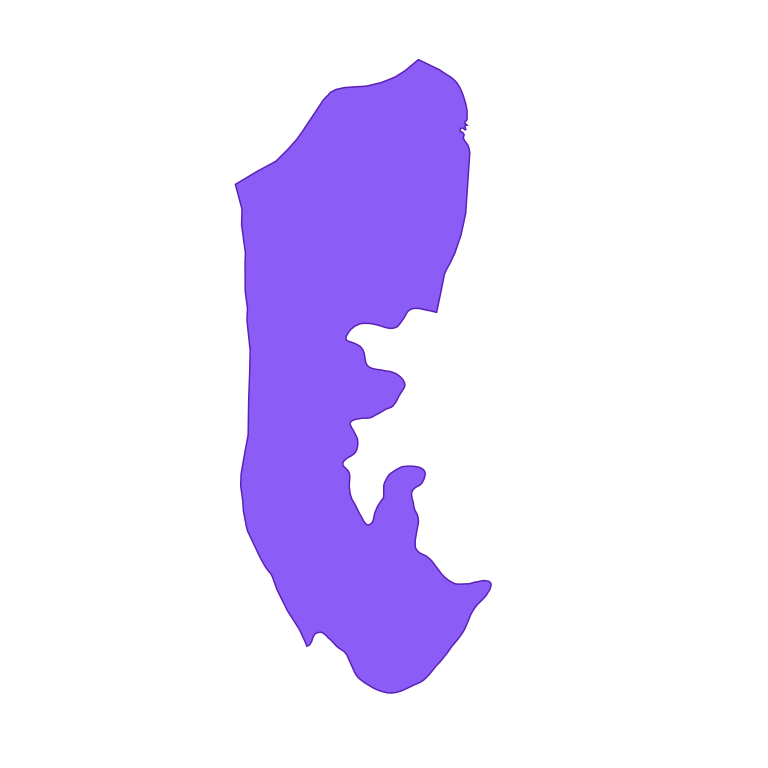 Nongbok, Khammouan, Laos, rotated 338°
{"feature_id": "54806243B28884115571756", "entity_name": "Nongbok", "entity_type": "district", "adm_level": 2, "iso_a3": "LAO", "parent_name": "Laos", "parent_adm1": "Khammouan", "projection": "natural_earth1", "projection_center": [104.827, 17.05], "detail": "fine", "context": "isolated", "style": "filled", "palette": "violet", "viewbox_px": 768, "rotation_deg": 338, "n_neighbors": 0, "source": "geoboundaries", "source_scale": "gbopen_adm2", "svg_char_len": 4745}
<svg xmlns="http://www.w3.org/2000/svg" viewBox="0 0 768 768"><g transform="rotate(338 384 384)"><path d="M537.4,96.1L527.5,99.3L520.9,101.4L516.0,102.3L510.1,103.4L502.8,103.6L493.7,103.4L479.1,101.2L466.0,96.8L458.5,94.4L449.6,92.9L443.2,93.6L440.3,95.3L438.0,96.1L433.9,98.1L403.2,119.1L395.3,124.2L384.1,129.8L375.8,133.4L367.3,136.9L362.4,137.5L346.3,139.3L321.0,143.2L317.8,168.8L311.6,183.0L304.6,210.6L300.5,219.7L290.1,245.9L290.1,246.0L285.8,262.6L280.8,273.6L272.5,302.7L263.9,322.7L252.4,348.4L239.0,380.2L225.6,401.3L217.7,414.1L213.0,424.7L210.8,433.3L209.2,439.6L206.2,448.6L203.1,464.0L202.4,469.1L203.2,482.3L203.2,482.6L203.6,488.6L203.8,493.9L204.5,501.7L205.6,509.5L206.9,514.7L207.9,517.0L208.3,521.2L208.1,524.7L207.9,530.0L207.8,534.6L208.2,540.8L208.6,546.3L209.2,552.7L209.5,557.8L210.7,564.3L212.2,572.2L213.7,580.6L213.9,586.4L214.3,593.2L214.2,598.2L217.2,598.1L220.5,595.6L223.5,592.0L226.5,589.8L229.1,589.6L232.9,590.6L234.4,592.4L236.3,595.8L236.8,597.6L238.7,601.2L240.5,605.9L241.8,609.4L243.3,612.0L245.3,614.9L246.8,617.1L248.1,621.4L248.2,624.9L248.3,628.0L248.4,631.1L248.7,638.3L248.9,641.7L249.5,644.7L250.1,646.5L251.0,648.4L252.5,651.1L254.7,654.5L257.6,658.4L260.2,661.9L263.7,665.6L267.2,668.6L271.4,671.6L275.6,673.5L280.2,674.6L285.1,675.1L291.4,674.8L299.6,674.3L305.2,674.2L309.6,673.5L313.6,671.9L316.9,670.4L322.6,667.3L326.4,665.1L332.0,662.6L342.1,656.9L349.1,652.4L352.8,650.5L356.7,648.4L360.2,646.3L361.7,645.3L364.0,643.8L366.1,642.2L367.8,640.7L372.1,636.5L374.6,633.9L376.9,631.5L378.5,629.9L381.9,627.3L384.3,625.6L387.6,623.6L392.3,621.7L396.8,619.8L399.8,618.2L402.9,615.8L405.4,614.0L406.9,612.1L408.0,610.5L408.5,608.9L407.3,606.2L405.4,605.0L402.7,603.5L398.0,602.6L393.6,601.7L388.3,601.2L384.2,599.7L378.8,597.8L375.2,596.0L373.1,593.7L370.5,590.5L367.9,585.9L366.2,581.7L365.1,577.2L363.4,571.2L362.1,566.0L360.5,562.5L358.6,559.1L356.0,556.5L353.7,553.7L352.3,550.9L351.9,548.0L352.1,546.5L352.7,544.9L354.1,541.1L355.5,538.8L358.2,534.4L360.4,530.9L363.8,525.8L365.0,522.9L365.7,519.9L365.9,516.7L365.4,512.7L365.7,509.1L366.6,505.5L367.3,500.0L368.2,496.4L369.6,494.4L370.9,493.3L372.8,492.2L375.3,491.6L379.3,491.2L382.2,490.0L385.0,487.6L386.0,486.6L387.0,485.1L387.7,484.3L388.6,482.5L388.6,482.3L388.7,482.0L389.0,480.7L388.5,478.3L387.3,476.4L385.8,474.7L383.4,473.0L380.6,471.4L377.9,470.1L374.9,468.9L372.0,468.1L369.8,467.5L367.5,467.5L365.2,467.8L362.9,468.0L360.2,468.7L357.1,469.2L354.1,470.3L351.9,471.9L349.8,473.8L347.7,475.5L345.8,478.0L344.8,480.2L344.0,482.2L343.9,482.5L341.8,487.6L340.6,489.7L338.2,490.8L334.9,493.1L332.3,494.9L330.0,497.2L326.9,500.4L324.7,503.7L323.3,505.9L321.3,507.9L319.0,508.8L317.0,509.0L315.4,508.1L314.4,505.7L313.7,503.0L313.6,501.0L312.7,494.1L312.3,488.0L311.7,482.2L311.1,479.3L311.3,474.9L312.1,470.7L313.6,465.3L315.5,461.4L317.4,457.6L318.4,454.2L318.3,451.2L317.3,448.7L316.1,445.8L315.6,444.7L315.6,443.7L315.9,442.3L317.6,440.6L319.8,439.7L322.0,438.9L325.7,438.5L329.0,437.8L332.1,436.5L334.3,434.5L336.1,432.0L337.7,428.8L338.6,425.8L338.9,423.8L338.7,421.2L338.5,418.6L338.1,415.1L337.6,411.8L337.5,408.3L338.4,407.0L341.0,406.0L344.7,406.2L349.8,407.3L352.1,407.9L354.6,409.0L358.2,410.1L361.8,410.1L363.7,409.7L367.5,409.4L371.8,408.8L376.6,408.0L381.4,408.3L384.0,407.8L388.4,405.1L390.1,403.7L393.1,401.0L397.5,397.7L400.7,395.5L402.4,393.7L403.3,392.1L403.4,389.9L403.4,388.7L403.0,386.4L401.9,383.6L400.5,381.1L398.9,378.8L396.7,376.7L394.4,374.7L391.1,372.9L385.6,369.3L383.1,368.0L381.0,366.6L378.1,364.5L376.1,362.0L375.3,359.8L375.2,357.4L375.6,354.7L376.0,353.3L376.3,351.9L376.6,350.6L377.1,348.4L377.3,344.9L376.7,342.2L376.1,340.5L375.3,339.1L373.8,337.4L372.5,335.8L371.2,334.6L369.2,332.8L367.4,331.4L366.0,329.7L365.5,327.9L366.5,326.2L368.2,324.5L371.2,322.4L373.6,321.0L378.4,319.5L382.8,319.2L385.4,319.4L386.5,319.7L389.9,320.9L393.8,322.8L396.0,324.0L402.2,328.5L406.3,332.0L409.1,333.9L412.4,335.5L416.0,336.0L418.4,335.7L420.7,334.4L423.4,332.8L427.2,330.3L429.2,328.8L431.5,326.8L434.0,325.3L436.7,324.8L438.8,324.9L441.2,325.5L445.3,327.4L448.1,329.4L450.8,331.2L454.8,333.8L459.6,337.3L473.3,316.9L480.7,305.5L483.2,302.7L487.3,299.3L490.0,297.2L498.8,289.1L511.3,274.6L523.7,256.3L550.1,201.9L551.1,197.7L551.3,194.2L550.5,190.9L549.8,188.1L549.7,185.9L550.8,183.9L551.7,183.1L551.3,180.5L550.6,179.5L549.5,178.7L549.6,177.1L551.2,175.7L552.9,176.3L553.8,177.6L554.1,178.5L555.2,178.8L555.4,176.7L555.5,175.4L556.4,174.9L558.0,175.2L557.3,173.6L556.5,172.8L557.4,171.1L559.3,170.7L560.4,169.3L563.5,161.4L564.7,155.0L565.4,147.9L565.6,143.6L565.4,137.2L564.3,131.6L562.7,127.8L560.7,124.1L557.8,120.3L553.1,113.4L537.4,96.1Z" fill="#8b5cf6" stroke="#5b21b6" stroke-width="1.5"/></g></svg>